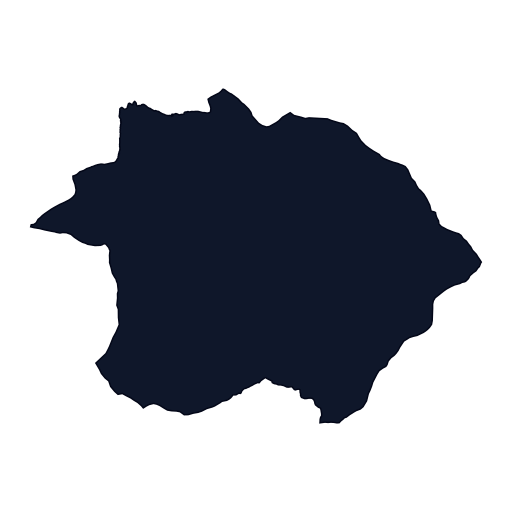 outline of Semonkong, Maseru, Lesotho
{"feature_id": "5366337B2664328548096", "entity_name": "Semonkong", "entity_type": "district", "adm_level": 2, "iso_a3": "LSO", "parent_name": "Lesotho", "parent_adm1": "Maseru", "projection": "robinson", "projection_center": [28.034, -29.842], "detail": "fine", "context": "isolated", "style": "filled", "palette": "ink", "viewbox_px": 512, "rotation_deg": 0, "n_neighbors": 0, "source": "geoboundaries", "source_scale": "gbopen_adm2", "svg_char_len": 6058}
<svg xmlns="http://www.w3.org/2000/svg" viewBox="0 0 512 512"><path d="M106.0,353.6L95.9,363.1L99.6,369.4L101.5,373.5L105.2,378.0L108.8,380.9L110.7,386.5L114.7,391.3L118.0,394.3L122.4,393.5L126.4,395.7L130.8,397.9L134.1,400.2L137.8,402.4L141.5,405.7L143.3,407.9L146.2,406.0L149.1,404.5L153.5,403.4L156.8,404.1L160.0,405.5L164.1,408.1L167.4,410.0L171.4,410.7L176.5,411.0L180.1,411.7L184.2,414.7L188.2,414.6L193.3,413.1L198.0,412.3L201.6,411.1L206.7,408.5L212.2,406.9L214.6,405.9L220.3,402.5L221.8,401.3L226.7,400.3L228.8,399.2L230.6,397.8L231.7,396.6L232.9,394.9L236.0,394.8L238.7,393.2L240.4,393.4L241.0,392.9L241.7,391.1L242.3,390.3L244.0,388.7L246.1,388.2L246.5,387.9L249.1,386.9L250.1,386.2L251.9,385.4L254.6,383.8L255.9,383.3L257.2,382.6L259.2,382.7L260.8,380.7L264.8,377.8L265.8,377.7L267.3,378.7L271.9,381.0L272.3,382.6L274.3,383.6L276.6,384.0L278.2,384.8L280.9,384.9L283.9,385.6L286.8,387.0L288.7,387.1L290.5,386.8L292.1,386.8L294.3,389.5L295.3,389.9L297.7,389.2L299.2,389.2L300.1,390.0L300.1,392.1L300.6,394.0L300.6,395.6L301.5,397.4L304.7,398.6L306.7,398.5L308.7,398.1L310.9,398.1L312.4,398.4L314.0,400.1L314.7,401.9L314.9,403.2L315.5,404.8L318.4,407.2L320.4,408.0L321.0,409.6L321.7,414.0L321.6,416.1L320.7,417.2L320.2,419.2L320.0,422.8L325.0,422.1L328.1,422.4L330.9,422.1L333.9,422.3L336.8,422.8L339.1,422.7L341.0,420.7L342.8,419.3L344.4,417.7L346.3,417.1L349.7,414.5L352.0,413.1L353.5,412.1L356.1,410.6L360.3,409.0L363.0,406.7L366.5,400.9L368.3,393.6L369.9,390.3L371.5,386.2L372.7,382.2L377.0,373.9L379.0,370.7L382.6,368.1L385.8,366.4L387.0,364.6L388.1,361.1L390.8,357.8L394.3,355.1L396.1,353.1L398.1,350.3L399.6,347.3L403.7,341.1L409.4,337.5L413.1,336.3L417.1,335.4L423.3,332.4L425.4,331.0L427.3,329.5L429.4,327.4L431.5,324.4L432.2,320.6L432.6,308.5L432.6,304.2L433.3,300.8L435.1,297.8L443.5,291.1L446.6,288.9L450.9,286.6L454.5,284.9L459.8,283.5L462.1,282.3L464.5,281.8L465.6,281.3L466.8,280.2L468.2,278.8L469.0,277.5L469.8,275.7L473.2,272.7L475.9,270.8L477.8,268.0L479.3,266.6L480.7,263.0L481.3,262.1L480.1,260.2L477.8,256.8L476.3,254.3L472.4,250.2L470.6,246.7L468.4,244.1L466.4,241.2L463.2,238.7L461.0,235.4L458.6,233.7L456.0,233.0L452.8,231.9L447.0,229.6L444.3,228.1L441.4,226.6L438.9,224.0L438.5,220.8L437.0,218.1L436.3,216.4L435.7,214.1L435.5,212.6L434.5,212.0L431.1,211.1L429.7,205.2L426.7,199.0L423.8,194.2L420.4,190.4L418.5,188.9L416.4,185.5L414.8,181.9L411.3,178.3L407.7,169.8L405.2,166.6L402.3,165.2L400.1,164.5L398.2,163.6L393.1,162.2L388.4,160.5L383.9,158.6L381.4,156.9L380.0,155.6L379.4,154.6L373.4,151.2L368.9,148.2L365.2,145.4L360.8,140.8L358.5,137.1L356.4,133.4L351.9,130.4L347.5,126.2L343.4,123.7L339.7,123.0L331.3,120.5L327.4,118.9L309.0,117.9L305.3,118.6L301.2,117.3L293.9,115.5L290.2,112.7L282.5,117.2L278.9,120.8L276.2,122.7L269.4,126.5L266.5,127.0L262.1,125.6L258.5,123.3L252.0,115.9L250.9,112.4L248.6,109.1L243.9,104.4L241.8,103.0L238.1,99.0L231.3,94.0L229.7,93.4L227.3,91.8L224.7,89.8L223.5,89.3L223.0,89.2L222.0,90.2L221.3,91.1L219.1,93.0L211.0,97.1L208.1,99.2L208.9,102.4L210.3,106.0L210.9,108.5L210.5,111.8L209.5,112.7L207.2,113.1L204.3,112.6L202.6,112.6L198.0,111.4L195.7,111.4L193.8,111.6L191.8,111.5L189.2,112.0L188.2,111.6L187.6,111.6L187.2,111.7L187.3,111.9L187.6,112.0L186.8,112.5L186.6,112.3L186.2,112.5L185.6,112.0L184.8,112.2L184.3,112.6L184.1,113.2L184.2,113.7L184.1,114.1L183.1,114.3L181.9,114.5L181.2,114.4L180.9,114.6L180.0,114.7L179.2,115.0L177.6,114.1L176.0,113.6L175.4,113.7L174.9,114.1L174.3,114.1L173.3,114.4L172.4,114.2L171.9,114.3L171.8,114.5L172.0,115.1L172.3,115.1L172.8,115.5L172.8,115.8L171.9,116.2L171.8,115.9L170.9,115.7L170.3,115.4L168.3,115.6L166.7,115.4L165.5,115.1L164.7,114.6L162.2,113.7L160.3,112.6L159.4,112.2L159.3,111.9L158.4,111.4L157.8,111.3L157.0,111.3L156.7,111.0L155.3,110.6L154.5,110.9L154.1,110.9L153.7,110.6L151.3,109.3L150.5,108.6L148.7,108.0L147.7,107.4L145.7,105.6L144.1,104.6L143.4,104.4L142.3,104.5L141.7,104.7L141.3,105.3L140.9,105.5L138.7,105.6L137.4,106.0L136.8,105.7L136.6,105.2L136.5,104.8L136.1,103.0L135.2,101.9L134.7,101.4L134.4,101.5L133.6,102.6L133.3,102.9L133.0,103.4L132.9,104.1L133.0,104.5L132.9,104.7L132.2,104.8L131.6,104.6L130.8,103.8L129.3,103.2L128.5,103.7L128.2,104.4L127.9,105.7L127.6,106.2L127.6,107.1L127.4,107.1L127.3,108.0L126.9,108.3L126.4,108.6L125.8,109.0L124.7,109.4L124.3,109.2L122.0,107.5L121.5,107.5L120.9,107.9L120.1,108.6L119.9,108.9L119.8,110.0L119.9,110.5L119.6,112.1L119.8,112.6L119.5,113.9L119.5,114.6L119.2,116.1L119.6,117.5L120.6,118.9L120.8,119.8L120.8,120.2L120.5,120.9L121.1,121.9L120.9,122.0L120.8,122.6L120.9,123.0L121.0,123.3L120.5,125.2L120.5,126.5L120.2,127.2L120.2,127.7L120.5,128.1L120.1,129.9L120.3,130.4L120.1,132.4L120.5,133.2L120.3,134.8L120.3,137.0L120.1,137.8L119.7,138.2L119.8,139.9L119.8,142.9L119.6,144.4L119.7,145.5L119.6,146.4L120.0,147.1L119.8,147.6L119.9,148.3L120.1,148.8L119.8,149.4L120.0,149.8L119.0,152.3L119.1,152.6L119.3,152.7L119.4,152.9L118.8,153.4L118.6,154.0L118.7,154.4L118.4,154.9L118.5,155.4L118.1,156.7L118.2,157.2L118.1,157.8L117.3,159.0L116.1,161.2L115.6,161.5L115.2,162.1L113.7,162.7L110.6,163.1L107.9,163.8L104.4,164.5L103.6,164.4L102.5,164.2L101.0,164.1L97.8,164.7L95.2,165.5L92.9,166.5L91.8,166.7L90.5,167.4L86.8,168.6L83.8,170.5L80.0,171.7L77.1,174.3L75.2,175.3L72.9,176.1L73.1,179.1L75.1,184.5L76.1,189.9L75.8,192.3L75.1,194.6L72.9,197.1L70.9,198.8L68.5,200.3L63.1,203.0L59.9,204.4L54.9,207.1L51.3,209.2L44.8,213.7L42.3,215.6L40.3,217.6L38.1,219.4L36.3,222.7L34.0,224.4L31.2,224.8L30.7,226.8L33.9,227.6L39.6,228.5L44.6,229.8L51.9,231.3L55.0,231.8L56.3,232.3L60.0,233.0L62.6,232.5L66.5,232.7L71.1,234.4L74.3,237.2L79.1,240.4L82.6,242.3L85.5,243.2L87.8,244.3L95.0,245.5L97.6,245.4L100.3,245.3L102.0,244.8L103.9,243.7L105.8,244.0L108.8,247.6L109.3,249.1L110.1,250.7L109.8,252.5L109.5,255.4L109.7,259.9L109.6,262.5L111.2,267.9L112.4,273.1L114.4,276.7L116.0,279.1L116.6,281.3L117.5,283.4L118.3,290.9L117.5,293.7L117.6,298.1L116.9,305.2L118.4,309.3L118.5,317.6L119.3,324.7L116.1,332.2L113.2,337.5L109.6,346.5L107.8,350.2L106.0,353.6Z" fill="#0f172a" stroke="#020617" stroke-width="1.5"/></svg>